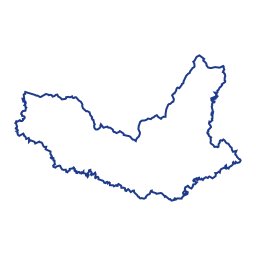 the district of Lavras do Sul, Rio Grande do Sul, Brazil
{"feature_id": "56859067B93221548223155", "entity_name": "Lavras do Sul", "entity_type": "district", "adm_level": 2, "iso_a3": "BRA", "parent_name": "Brazil", "parent_adm1": "Rio Grande do Sul", "projection": "equal_earth", "projection_center": [-54.153, -30.732], "detail": "fine", "context": "isolated", "style": "outline", "palette": "blue", "viewbox_px": 256, "rotation_deg": 0, "n_neighbors": 0, "source": "geoboundaries", "source_scale": "gbopen_adm2", "svg_char_len": 5845}
<svg xmlns="http://www.w3.org/2000/svg" viewBox="0 0 256 256"><path d="M225.3,167.2L225.8,168.5L226.7,168.6L227.6,167.9L228.6,168.5L229.3,167.0L231.5,165.8L232.6,164.7L233.2,163.7L232.9,162.7L233.3,162.1L234.4,163.6L235.0,163.6L235.7,161.9L237.1,163.0L239.2,162.4L239.9,161.9L240.6,160.4L240.1,159.4L238.9,158.9L237.1,157.0L236.3,155.4L235.3,154.5L235.3,153.3L236.3,150.9L233.0,151.8L231.9,149.7L231.6,147.6L230.3,146.8L228.4,143.7L227.0,143.4L225.9,142.5L224.6,140.4L223.3,139.5L222.1,140.8L220.8,140.2L220.2,140.5L219.7,141.3L219.8,142.6L218.6,144.1L218.5,146.7L217.7,147.2L216.6,146.7L214.4,146.9L213.5,145.3L210.8,143.4L210.5,142.0L210.9,140.4L210.5,138.2L211.1,137.4L208.8,135.7L208.5,133.9L207.8,133.8L207.3,133.1L207.5,132.1L208.4,131.5L208.1,130.2L211.0,127.2L210.8,126.2L209.0,123.6L209.4,121.6L210.4,122.0L212.3,120.3L211.8,119.0L212.4,118.6L212.5,115.9L211.5,115.2L211.5,114.1L212.5,114.7L213.1,112.1L212.3,112.0L212.7,110.7L211.7,106.6L212.3,105.3L212.0,104.2L212.6,102.7L214.4,102.3L214.5,101.4L212.1,101.0L211.3,100.0L212.0,99.0L211.4,98.3L213.5,97.4L213.3,99.2L215.5,98.7L215.5,97.6L216.6,97.4L217.3,96.5L215.7,96.2L216.7,95.0L214.8,92.6L217.1,92.8L217.6,92.0L217.4,90.6L218.5,89.9L219.8,87.3L220.7,86.9L222.1,85.1L221.8,84.3L225.1,82.0L225.2,80.8L224.6,80.3L224.7,77.6L225.3,76.1L224.8,73.9L224.1,73.5L223.7,72.2L222.9,72.1L223.2,71.0L224.3,69.5L223.5,67.5L223.7,66.6L223.2,66.0L219.6,67.7L215.3,67.1L210.7,68.1L208.1,67.5L206.5,65.4L206.5,64.3L206.1,63.3L204.6,61.6L203.5,60.9L203.2,60.1L204.1,58.9L199.4,55.4L196.6,56.9L194.5,60.8L193.3,61.7L194.4,63.8L194.5,66.5L194.1,67.2L192.6,68.0L190.0,71.6L189.8,72.8L188.1,73.8L186.2,75.8L183.7,81.1L183.3,83.3L181.9,84.0L181.7,85.0L179.3,88.2L177.8,87.6L177.2,87.8L176.6,88.7L176.0,90.9L174.5,93.4L173.7,93.5L172.1,95.3L173.9,99.1L173.3,101.7L172.5,101.8L170.4,103.8L168.7,104.2L168.2,104.8L166.3,109.3L165.6,113.7L165.5,116.8L163.4,116.8L162.0,117.6L161.0,118.8L158.0,116.8L156.8,115.2L154.8,116.2L153.6,117.4L152.2,117.8L150.9,119.1L148.0,118.6L146.3,119.9L144.3,120.5L142.2,120.5L141.1,121.1L140.2,121.9L138.7,126.2L138.4,129.2L139.9,132.4L139.8,134.0L138.8,136.6L137.3,137.8L136.1,139.7L135.8,141.0L134.0,139.7L132.6,139.5L130.3,136.8L129.0,136.1L123.7,135.0L123.8,134.2L123.3,133.4L119.8,131.1L119.1,131.9L116.5,133.1L114.6,131.9L113.9,132.0L113.3,131.4L112.8,129.6L110.1,127.7L108.2,127.6L107.4,126.6L103.5,127.7L100.9,124.3L100.4,125.6L100.5,126.9L99.8,127.9L97.5,129.5L95.6,129.4L94.3,127.7L94.1,125.4L94.8,124.3L94.1,123.3L93.4,119.8L92.5,119.7L91.8,118.2L92.1,117.2L90.3,115.1L89.5,112.3L87.3,111.1L86.1,111.2L82.9,108.2L82.2,105.9L82.4,104.4L81.0,101.9L78.7,100.4L76.2,97.4L75.2,97.2L73.8,98.1L72.6,97.7L72.1,96.4L70.1,97.3L68.1,96.9L66.2,97.2L66.1,98.4L65.2,98.9L61.9,99.4L60.3,97.7L58.2,96.5L57.3,94.6L55.8,94.9L54.4,96.1L52.6,96.6L51.7,95.2L50.6,94.8L48.9,95.2L48.4,94.7L45.9,94.0L40.9,96.9L40.0,97.0L37.3,95.5L35.8,95.5L35.0,94.9L25.3,92.0L25.2,93.8L24.5,93.9L23.7,94.7L24.2,98.7L22.5,98.7L23.3,101.4L24.3,100.7L24.8,102.3L25.4,101.9L25.8,103.0L24.7,104.8L25.3,104.7L25.4,106.9L26.3,107.6L25.8,108.3L25.4,110.7L22.8,111.1L21.5,112.7L21.2,114.1L21.9,114.5L22.1,115.9L23.9,116.3L24.7,117.1L24.5,118.2L23.8,119.0L22.9,119.0L23.0,120.2L21.9,121.1L20.3,121.0L19.8,120.2L17.0,121.8L16.3,121.3L15.4,123.0L16.0,123.3L17.1,126.8L16.8,127.7L16.1,127.8L15.8,128.6L17.3,129.4L17.8,130.3L17.4,131.1L16.5,131.4L17.7,132.5L17.5,133.3L17.8,134.6L18.6,135.4L19.3,135.8L23.3,133.6L23.9,134.6L23.9,135.6L25.4,136.6L26.2,139.0L28.7,138.0L29.1,139.1L29.0,141.8L30.5,140.3L34.5,141.8L35.2,143.5L39.4,141.6L40.0,142.3L41.3,142.4L42.1,143.1L43.6,146.5L44.4,147.0L46.2,146.8L45.6,149.3L50.5,151.5L50.4,153.8L51.9,156.4L50.8,157.8L51.8,158.5L52.5,157.9L53.4,158.1L53.4,160.4L54.5,160.6L54.6,163.3L55.0,164.2L53.2,165.5L53.4,166.8L55.3,167.6L56.5,166.5L59.6,165.6L60.2,165.9L60.9,167.6L62.2,169.5L63.6,169.9L65.8,169.7L66.3,172.0L67.4,172.3L68.3,170.9L69.6,170.5L69.7,168.9L72.8,168.4L74.1,166.8L73.7,168.4L74.1,169.0L74.9,169.2L74.5,170.7L75.2,171.3L75.7,170.9L76.5,171.2L76.4,172.9L77.3,173.1L78.4,172.0L79.1,171.9L80.2,173.2L81.2,172.4L81.8,173.3L83.4,171.5L83.4,173.1L86.3,173.9L86.0,175.5L86.9,175.7L87.6,176.9L88.6,175.0L87.4,173.5L88.7,172.4L89.1,170.3L90.3,169.9L90.4,170.9L91.6,172.5L91.0,174.7L91.5,175.1L92.4,174.1L93.1,174.5L95.1,172.7L95.7,174.3L95.1,177.7L95.6,178.1L96.8,177.0L97.8,176.8L98.4,177.4L98.4,179.2L103.3,180.9L104.2,182.7L105.5,183.1L106.0,182.3L107.1,181.9L107.7,183.4L109.1,182.3L109.7,182.7L109.9,185.2L113.3,185.3L114.0,186.3L116.0,185.2L116.7,185.9L117.6,185.9L117.8,184.6L118.5,184.0L121.1,185.7L121.4,187.8L123.6,187.7L124.9,188.2L125.3,190.6L126.3,191.0L127.6,189.4L128.4,189.2L130.8,192.1L132.8,190.7L134.0,190.6L134.2,192.4L137.2,195.2L138.0,196.6L138.9,196.8L139.7,198.1L140.6,198.4L141.7,198.1L144.0,198.7L145.8,197.7L145.9,196.7L147.8,194.7L149.6,194.1L150.9,190.9L151.8,190.6L151.9,191.9L155.8,193.1L156.4,193.8L160.8,193.0L161.9,193.4L164.6,196.1L164.9,196.8L165.6,196.2L169.4,199.4L170.2,199.1L171.6,200.6L175.1,199.7L174.4,198.9L174.9,198.3L176.3,199.1L177.4,198.4L181.6,198.6L182.0,197.6L183.5,195.8L187.3,194.1L187.6,193.3L187.7,192.1L186.6,191.6L185.6,193.7L185.1,194.1L183.3,193.9L183.0,193.0L183.9,191.5L185.0,191.0L185.2,190.0L184.8,189.0L185.4,187.2L187.0,186.6L187.6,185.8L188.2,186.0L189.2,187.4L191.4,188.5L192.9,186.4L192.8,185.4L193.3,184.4L195.0,184.3L196.8,182.4L195.8,182.1L195.0,181.1L194.0,181.4L193.3,180.7L193.9,179.5L196.4,178.4L196.9,179.8L197.6,180.2L198.2,179.1L198.3,178.0L199.1,177.7L199.7,179.3L201.0,179.5L201.7,178.7L202.9,179.9L204.1,178.3L205.9,177.2L207.8,178.0L208.8,176.8L209.5,176.5L212.5,178.3L215.5,176.2L215.9,174.4L215.3,173.1L217.1,173.0L218.8,171.7L219.8,172.5L220.4,170.0L221.3,169.0L225.3,167.2ZM225.3,167.2L225.3,166.0L226.0,165.4L226.1,166.6L225.3,167.2Z" fill="none" stroke="#1e3a8a" stroke-width="2"/></svg>